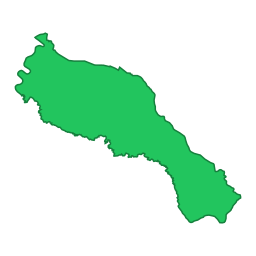 the district of Andalucía, Valle del Cauca, Colombia
{"feature_id": "7082276B16460113853729", "entity_name": "Andalucía", "entity_type": "district", "adm_level": 2, "iso_a3": "COL", "parent_name": "Colombia", "parent_adm1": "Valle del Cauca", "projection": "albers", "projection_center": [-76.175, 4.142], "detail": "fine", "context": "isolated", "style": "filled", "palette": "green", "viewbox_px": 256, "rotation_deg": 0, "n_neighbors": 0, "source": "geoboundaries", "source_scale": "gbopen_adm2", "svg_char_len": 5801}
<svg xmlns="http://www.w3.org/2000/svg" viewBox="0 0 256 256"><path d="M240.2,195.0L237.5,194.3L236.0,193.3L235.3,192.5L233.5,191.8L233.1,191.1L233.9,189.6L233.7,188.5L233.3,188.2L232.0,187.8L230.2,186.4L227.4,185.1L226.7,184.3L226.4,183.3L226.5,181.3L225.7,180.4L224.7,179.7L224.2,178.6L224.4,177.9L225.7,177.2L225.9,176.5L225.5,176.0L224.6,175.8L224.0,175.3L224.4,172.6L224.1,171.4L223.0,171.1L221.1,169.8L220.6,169.7L219.4,169.9L218.0,171.1L217.3,171.4L215.7,171.6L215.2,171.2L215.0,170.7L214.0,164.5L213.4,163.7L210.5,162.6L204.8,159.1L200.3,155.1L194.1,153.4L190.7,151.6L189.6,150.2L188.7,147.4L187.0,144.4L185.7,140.4L185.1,137.8L184.3,136.2L179.6,132.8L174.7,130.0L173.5,129.0L172.2,125.8L169.5,122.7L165.3,120.7L164.4,118.7L164.4,117.2L164.0,116.5L163.0,116.3L160.8,116.5L158.9,115.4L157.9,114.6L155.7,111.1L155.3,109.6L155.3,106.5L154.5,104.0L154.1,100.8L154.1,99.9L154.9,95.6L154.9,94.8L154.5,93.9L153.5,92.7L152.3,91.8L150.9,89.3L150.1,88.9L149.1,87.5L147.0,85.9L146.1,83.7L144.9,82.1L143.4,80.7L142.6,79.2L141.1,77.5L139.9,76.7L137.4,75.6L132.5,75.6L132.0,75.1L131.9,74.4L130.4,74.1L130.2,73.2L127.0,73.0L119.7,67.2L118.4,70.2L115.2,68.3L110.1,66.1L109.8,66.7L103.3,65.2L94.8,65.1L84.7,61.1L74.2,61.1L68.8,60.5L58.4,54.2L56.1,52.2L54.7,50.1L53.8,50.3L52.9,49.3L53.6,47.1L53.8,45.2L52.3,43.3L51.4,42.7L51.5,41.6L51.3,41.2L50.3,40.9L48.9,41.6L48.7,41.3L48.8,40.6L46.7,40.1L46.7,37.3L47.3,34.2L45.3,33.2L43.4,34.1L40.8,34.4L39.7,34.7L37.0,36.1L35.0,37.4L35.8,38.3L38.7,40.3L43.8,44.4L44.2,44.9L44.2,45.8L43.5,46.5L42.7,46.6L40.1,45.7L39.2,45.6L37.2,46.2L36.0,47.0L35.5,47.7L35.1,51.4L34.7,52.4L33.6,53.9L31.7,55.6L27.9,57.0L26.2,58.2L25.1,61.2L24.4,62.6L24.1,63.6L24.1,65.2L25.0,66.5L29.1,69.0L29.9,69.8L30.5,70.8L30.3,72.1L29.0,73.5L27.4,74.0L26.7,73.9L25.6,73.3L22.6,70.9L21.6,70.5L21.0,70.5L19.7,71.0L18.6,71.9L17.9,73.1L17.8,74.0L18.0,75.1L22.1,78.9L22.7,79.9L22.8,81.5L22.1,83.0L20.2,84.4L17.7,84.7L16.3,85.4L15.4,86.6L15.4,88.0L15.8,89.6L17.4,91.7L21.0,94.5L21.7,95.6L22.4,94.7L23.0,94.7L23.1,95.7L24.1,95.5L24.1,95.9L24.7,96.3L24.7,96.6L23.9,96.9L24.5,97.6L24.4,98.2L23.4,98.4L23.1,98.9L23.5,99.6L25.5,100.8L25.6,101.1L24.5,102.0L24.6,102.5L25.1,102.6L26.0,102.2L26.7,102.4L27.1,102.2L27.8,100.6L29.4,98.6L30.1,97.3L30.9,97.1L32.9,98.2L34.1,99.7L34.6,100.9L35.2,100.8L36.0,101.3L36.5,101.2L37.6,101.9L38.4,103.6L37.7,104.1L37.6,104.7L38.1,105.1L39.7,105.2L40.3,106.5L39.7,107.7L39.6,108.4L40.3,109.5L40.8,109.6L38.8,110.9L38.7,111.7L38.9,111.9L39.2,111.9L39.3,112.5L38.8,112.5L39.0,112.9L40.7,113.4L40.6,114.5L40.1,115.1L41.5,116.3L41.0,118.8L41.7,119.3L42.2,119.3L42.9,120.0L43.8,122.0L44.3,122.1L45.6,121.8L46.2,122.2L46.4,123.0L46.8,123.1L48.4,121.8L49.6,121.7L50.0,122.0L50.1,122.8L50.5,123.2L51.7,123.2L51.3,124.2L51.8,124.7L52.9,124.9L53.9,124.7L54.5,125.2L55.8,125.5L58.3,127.3L60.1,127.3L62.0,129.6L64.9,130.7L65.6,131.4L66.8,131.7L67.6,132.2L68.6,132.0L69.2,132.4L69.8,132.3L70.6,132.7L73.0,133.0L73.3,133.3L72.9,133.8L73.1,134.0L74.5,133.8L74.8,134.1L74.4,135.2L74.9,135.8L75.6,135.7L76.1,134.7L76.5,134.7L76.7,135.6L77.1,135.7L77.5,135.5L77.5,135.0L77.8,134.7L78.3,134.9L79.4,134.4L80.4,134.9L81.0,134.7L81.5,135.8L82.1,136.0L82.9,136.8L83.9,136.7L84.8,137.2L85.8,136.7L86.5,136.6L89.5,139.7L90.7,139.2L91.6,139.9L94.1,140.3L94.5,139.7L94.5,138.4L96.0,137.8L96.8,138.0L97.8,136.8L98.9,136.9L98.9,135.6L100.2,135.6L100.9,135.2L103.8,136.6L105.3,136.1L106.1,136.9L106.2,138.7L104.9,140.5L104.7,141.7L105.1,142.0L106.2,141.6L106.5,141.9L105.5,142.9L105.3,143.4L105.7,143.3L106.5,142.6L107.5,142.1L108.1,139.9L109.8,140.4L109.5,141.6L110.5,143.0L110.5,143.9L110.0,144.6L108.8,145.1L108.3,145.6L108.2,147.2L108.5,147.5L108.9,147.0L109.2,147.0L109.3,147.4L109.1,148.4L109.3,148.6L110.8,148.2L111.8,148.7L112.1,149.1L112.1,150.3L113.1,149.9L113.6,149.9L113.5,151.0L113.0,151.9L114.6,153.8L113.9,155.2L114.0,156.1L117.8,155.8L119.4,154.9L120.9,155.0L121.5,154.1L122.1,154.5L122.6,155.7L124.1,155.8L124.8,155.4L125.0,154.5L125.8,153.8L125.9,153.2L126.3,153.2L128.9,154.4L128.9,155.5L128.2,156.8L128.4,157.3L130.2,156.9L131.2,157.2L131.5,156.9L131.7,155.9L132.3,155.7L133.0,156.1L133.6,156.9L135.2,156.7L136.9,156.9L137.5,156.4L137.6,155.1L138.0,154.6L139.7,154.1L140.9,154.5L141.4,154.4L142.9,153.2L143.2,153.2L144.1,153.4L144.9,154.0L144.1,155.1L144.3,155.9L144.8,156.5L145.6,156.9L148.5,157.6L148.4,158.1L147.4,158.9L147.5,159.4L147.8,159.7L148.5,159.7L150.0,160.4L151.5,159.2L151.9,159.1L153.0,159.8L153.6,161.2L153.9,161.4L155.5,161.0L157.0,161.4L157.8,160.4L158.0,160.5L158.3,161.7L159.4,161.7L159.9,161.9L159.6,163.6L160.5,163.7L161.5,165.2L164.0,165.3L164.3,166.2L165.2,165.9L165.7,166.5L165.9,167.3L166.3,167.3L166.5,166.9L166.8,167.5L167.4,167.8L167.6,168.4L167.1,168.7L167.0,169.5L166.3,169.7L165.5,170.5L165.7,171.0L166.1,171.3L166.9,171.5L167.4,172.2L168.4,172.1L168.6,172.5L167.9,173.1L167.9,173.7L169.8,174.5L170.5,175.6L171.3,175.6L171.5,176.0L171.2,176.8L171.6,177.6L173.3,178.0L173.3,178.5L172.5,178.8L172.8,180.3L173.3,180.3L173.5,180.5L172.6,181.2L173.3,182.9L172.9,183.4L173.5,184.0L174.4,184.1L174.1,184.8L174.8,185.3L174.5,186.5L174.6,187.5L175.4,189.8L175.8,189.9L176.0,190.9L176.7,191.3L176.6,193.3L177.9,195.0L177.8,196.0L178.2,196.9L177.1,197.7L178.4,199.8L177.6,200.4L177.5,201.2L179.4,204.3L178.3,205.8L178.2,206.3L178.8,207.5L182.1,211.9L182.1,212.5L182.7,213.4L184.8,215.5L186.0,217.9L187.7,219.4L189.3,221.7L190.5,222.4L191.8,222.4L193.1,221.8L194.2,221.0L197.8,220.0L201.0,218.0L203.4,217.2L204.3,216.0L206.3,215.4L209.0,215.1L213.2,216.0L214.8,216.5L217.6,219.3L219.9,222.7L222.5,222.8L224.3,222.3L225.2,221.2L226.0,218.5L226.1,214.8L227.2,213.3L230.1,211.0L231.2,209.8L231.3,209.2L232.4,207.5L233.0,205.7L236.0,202.4L237.1,200.2L238.1,199.9L239.0,198.9L240.6,198.0L240.6,196.7L240.2,195.0Z" fill="#22c55e" stroke="#15803d" stroke-width="1.5"/></svg>